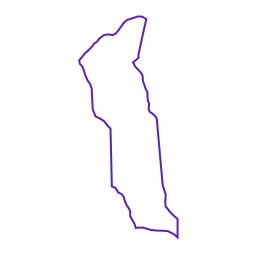 Américo Brasiliense, São Paulo, Brazil (Albers equal-area conic projection), rotated 88°
{"feature_id": "56859067B22191698806388", "entity_name": "Américo Brasiliense", "entity_type": "district", "adm_level": 2, "iso_a3": "BRA", "parent_name": "Brazil", "parent_adm1": "São Paulo", "projection": "albers", "projection_center": [-48.034, -21.724], "detail": "fine", "context": "isolated", "style": "outline", "palette": "violet", "viewbox_px": 256, "rotation_deg": 88, "n_neighbors": 0, "source": "geoboundaries", "source_scale": "gbopen_adm2", "svg_char_len": 1152}
<svg xmlns="http://www.w3.org/2000/svg" viewBox="0 0 256 256"><g transform="rotate(88 128 128)"><path d="M239.1,82.3L220.7,81.6L215.5,87.1L213.0,89.2L207.6,93.1L203.5,93.4L199.9,93.0L195.6,92.6L193.0,93.5L189.6,94.3L187.0,95.3L120.6,98.9L118.0,99.7L115.2,102.2L112.6,105.6L109.9,106.8L104.8,106.0L101.3,107.2L96.4,107.4L92.6,107.4L89.1,109.2L85.3,110.2L81.9,111.4L75.9,111.7L72.5,113.7L67.0,118.5L62.6,120.7L58.2,115.0L55.0,115.0L45.3,112.5L36.8,110.4L19.8,105.9L17.1,110.1L16.9,114.4L20.0,125.2L22.5,128.4L25.0,130.3L29.9,133.9L33.0,136.9L34.6,139.9L33.7,144.8L34.4,148.9L37.3,153.2L41.0,156.3L42.4,159.0L44.9,160.6L48.4,164.3L50.8,167.0L52.5,169.1L54.8,170.9L58.7,174.4L62.2,173.9L65.3,171.3L69.0,170.1L73.9,168.8L79.5,166.5L82.8,164.3L87.5,162.9L101.1,162.7L108.2,162.6L115.2,160.0L118.0,154.9L120.7,151.3L124.1,149.0L128.2,145.5L185.8,146.2L187.1,143.0L189.7,141.2L192.2,140.0L193.6,137.0L196.0,135.0L201.6,133.5L204.6,132.2L207.2,130.6L211.2,128.7L216.2,128.9L220.5,126.7L224.1,124.8L228.2,123.7L227.9,120.3L228.1,116.3L230.6,109.0L231.5,103.2L231.9,96.4L232.5,91.7L235.9,85.6L239.1,82.3Z" fill="none" stroke="#5b21b6" stroke-width="2"/></g></svg>